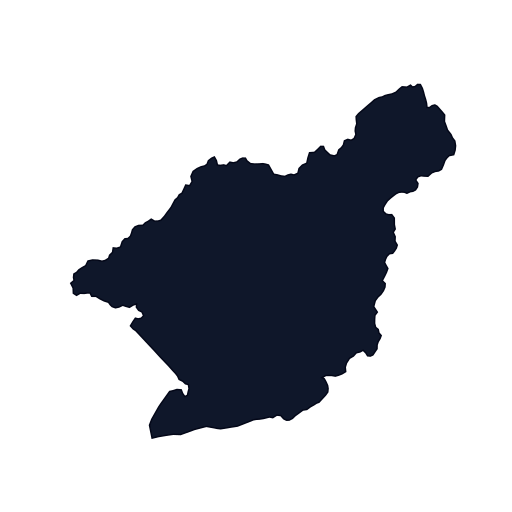 outline of Petrópolis, Rio de Janeiro, Brazil, rotated 10°
{"feature_id": "56859067B4372089958802", "entity_name": "Petrópolis", "entity_type": "district", "adm_level": 2, "iso_a3": "BRA", "parent_name": "Brazil", "parent_adm1": "Rio de Janeiro", "projection": "natural_earth1", "projection_center": [-43.152, -22.388], "detail": "fine", "context": "isolated", "style": "filled", "palette": "ink", "viewbox_px": 512, "rotation_deg": 10, "n_neighbors": 0, "source": "geoboundaries", "source_scale": "gbopen_adm2", "svg_char_len": 4210}
<svg xmlns="http://www.w3.org/2000/svg" viewBox="0 0 512 512"><g transform="rotate(10 256 256)"><path d="M252.5,164.2L249.4,163.9L246.7,163.9L243.2,164.8L238.7,165.7L234.5,166.0L230.5,163.8L228.6,161.5L225.8,161.9L223.3,163.5L220.9,166.7L217.5,168.2L214.0,168.1L211.2,172.2L208.4,171.9L205.0,173.0L202.2,173.1L200.4,168.9L197.8,165.7L195.3,167.4L192.6,170.4L191.9,174.1L189.8,176.2L186.4,177.7L182.9,180.1L179.4,183.6L178.1,188.9L180.2,193.7L178.4,198.3L174.5,198.3L173.4,202.6L172.2,207.0L169.8,209.0L168.7,212.2L166.6,214.7L165.3,218.6L164.0,222.7L162.6,225.5L161.0,228.5L159.0,232.7L156.1,237.3L153.5,238.6L150.1,239.3L146.4,237.9L143.9,240.5L141.3,242.5L139.3,245.4L135.1,246.3L131.8,248.3L129.8,251.6L129.5,254.9L128.9,258.3L126.9,261.0L123.9,261.8L121.8,265.1L121.0,270.7L117.4,272.6L114.0,272.8L114.1,277.3L111.7,280.6L111.3,283.8L108.2,286.6L105.2,287.9L101.0,287.6L95.7,288.3L91.4,290.1L90.0,295.1L86.8,297.7L84.0,300.3L82.2,303.3L79.8,305.3L80.0,308.8L81.1,311.7L78.3,315.0L81.5,319.3L82.6,324.4L86.1,325.9L89.3,323.2L93.2,322.7L96.3,321.7L99.0,321.2L101.2,324.2L105.5,323.5L109.6,325.2L114.3,326.6L118.8,327.2L120.9,329.3L123.1,330.8L126.6,331.4L130.0,330.0L133.3,327.6L136.3,328.1L140.3,328.5L143.4,325.7L146.7,323.9L147.1,327.2L149.9,329.9L153.4,330.9L155.7,334.3L153.8,337.2L150.9,338.4L148.0,338.2L146.3,341.9L144.5,346.6L147.7,349.1L150.6,350.4L166.7,362.5L171.8,366.3L179.3,372.1L188.7,379.0L194.0,383.2L197.2,385.6L199.7,387.9L201.7,390.9L205.8,392.1L208.7,394.1L211.7,394.3L213.1,398.2L212.8,401.4L212.7,405.1L210.3,406.8L207.6,404.1L205.6,400.8L201.3,401.2L197.7,403.1L194.5,404.4L187.8,418.4L186.4,421.6L181.7,434.9L180.5,441.1L185.3,453.4L191.2,450.8L198.8,448.1L205.5,445.9L212.7,444.9L225.7,437.4L234.0,433.6L236.7,432.4L244.6,432.4L247.7,432.5L251.1,432.3L254.9,431.0L258.1,429.9L260.5,429.0L263.8,427.9L267.3,426.7L272.9,423.3L281.8,417.8L284.5,416.8L287.8,416.0L291.6,414.7L294.3,413.5L297.2,412.2L300.6,412.3L304.1,409.1L308.1,408.8L311.5,411.5L314.4,412.4L317.1,411.9L320.1,409.6L322.3,406.5L325.4,403.3L328.9,399.6L332.7,398.3L335.7,395.1L339.0,392.4L341.1,390.4L343.4,389.1L345.7,385.5L348.6,381.0L350.3,377.5L350.0,374.0L349.0,371.1L346.9,368.0L344.6,365.1L342.1,364.3L345.6,361.5L351.1,360.5L355.0,360.5L358.1,359.0L361.2,357.1L364.4,354.3L363.2,350.0L363.7,345.7L365.8,340.6L369.3,337.6L371.6,333.9L375.1,332.4L377.8,330.2L381.0,332.4L383.2,334.9L386.0,334.7L388.3,333.1L390.0,329.2L391.3,326.4L390.7,322.5L391.2,319.2L392.5,315.8L393.1,312.6L390.4,310.4L389.1,307.1L386.2,305.5L384.5,301.8L383.8,297.5L383.4,293.8L385.2,290.2L380.7,285.4L381.2,279.3L383.2,275.2L385.6,272.1L387.5,268.0L388.4,264.2L388.0,260.7L384.6,258.4L386.2,253.3L387.3,249.4L388.0,245.4L385.9,242.9L383.7,240.1L384.1,236.7L384.9,233.7L387.0,230.6L390.1,229.6L391.5,227.0L392.8,223.9L393.2,220.7L390.3,217.3L389.7,212.8L387.0,208.8L388.4,205.3L386.8,201.1L385.6,194.6L382.5,191.7L379.6,192.3L376.8,192.1L373.5,189.9L372.9,186.4L374.0,183.1L375.8,178.9L378.5,175.4L380.9,172.7L383.0,170.4L385.6,168.5L388.3,167.7L391.0,167.4L393.7,168.0L396.7,165.9L399.3,165.0L401.6,163.2L403.0,160.0L402.9,156.4L400.0,153.4L401.6,150.0L404.5,148.3L407.5,148.1L411.5,147.6L414.6,143.6L417.8,141.6L421.1,140.5L423.6,138.4L424.7,133.8L425.5,129.1L427.0,126.1L428.8,123.6L433.1,121.9L433.7,117.2L433.4,112.8L431.8,108.2L428.9,105.5L426.9,102.5L422.7,98.7L420.6,94.9L418.2,90.8L417.3,84.4L414.3,81.8L411.9,79.9L408.4,77.1L405.9,76.2L403.3,77.4L401.1,79.7L398.6,80.1L397.4,75.9L395.8,72.3L393.9,68.7L392.5,65.5L390.7,62.0L388.1,58.6L385.3,59.0L383.3,61.5L380.7,62.4L378.5,60.9L375.4,63.5L370.5,64.0L368.3,66.5L365.4,70.4L361.8,72.8L357.8,74.4L355.2,75.6L352.8,77.4L349.7,78.6L345.6,81.6L343.1,84.8L340.6,87.8L336.7,92.6L332.3,98.0L330.4,101.3L331.1,104.3L332.3,108.3L331.7,112.4L332.0,115.7L333.3,119.0L332.2,123.3L329.6,125.5L326.1,125.2L323.1,127.2L322.8,131.5L321.3,134.5L319.1,137.1L318.3,142.1L315.8,143.8L311.3,143.6L307.8,141.3L305.3,139.6L303.4,136.4L300.7,136.8L298.4,140.1L295.6,143.8L290.8,145.0L290.1,150.4L289.9,155.8L285.9,158.4L283.2,162.3L282.9,167.2L279.4,169.6L276.2,169.4L273.3,170.7L270.7,172.6L266.7,172.8L262.9,172.4L259.2,172.4L252.5,164.2Z" fill="#0f172a" stroke="#020617" stroke-width="1.5"/></g></svg>